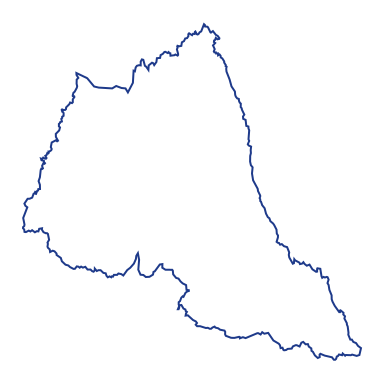 outline of Fenoarivobe, Bongolava, Madagascar
{"feature_id": "10022922B23923498940873", "entity_name": "Fenoarivobe", "entity_type": "district", "adm_level": 2, "iso_a3": "MDG", "parent_name": "Madagascar", "parent_adm1": "Bongolava", "projection": "equal_earth", "projection_center": [46.41, -18.242], "detail": "fine", "context": "isolated", "style": "outline", "palette": "blue", "viewbox_px": 384, "rotation_deg": 0, "n_neighbors": 0, "source": "geoboundaries", "source_scale": "gbopen_adm2", "svg_char_len": 5857}
<svg xmlns="http://www.w3.org/2000/svg" viewBox="0 0 384 384"><path d="M215.9,34.9L212.9,31.1L210.9,32.6L210.4,32.3L208.0,27.3L207.3,26.7L205.1,26.5L204.9,25.0L204.0,24.2L201.2,31.4L199.6,32.3L198.7,33.8L197.7,34.5L196.8,34.2L195.4,31.5L194.9,31.9L194.6,34.0L193.0,33.8L192.1,35.2L189.1,33.3L188.3,34.2L188.4,36.1L187.1,38.1L185.2,38.5L184.0,41.1L181.9,42.3L181.3,45.9L179.2,46.3L177.5,45.8L177.2,46.5L177.6,47.7L176.9,49.3L178.1,53.8L178.1,55.0L177.6,55.6L175.4,54.5L174.4,55.2L170.5,55.7L170.3,53.3L169.2,53.1L168.6,52.1L167.6,53.0L165.3,51.8L164.4,52.0L162.8,53.9L160.6,55.1L160.1,57.9L156.9,58.2L156.4,62.0L154.2,65.1L153.2,63.2L152.0,62.7L148.7,65.4L148.4,69.9L146.2,66.7L144.9,65.8L143.3,59.8L141.9,59.4L140.7,61.6L140.7,65.4L139.0,65.2L136.9,65.8L135.7,67.4L134.9,71.3L133.6,70.7L132.9,82.8L127.9,92.4L125.5,88.4L121.5,88.0L116.2,86.0L112.2,88.4L98.8,87.6L94.1,86.5L87.2,78.2L76.4,73.0L76.5,74.9L78.3,77.9L76.7,79.6L76.6,83.8L77.2,86.2L76.8,87.8L74.7,91.7L73.5,92.7L72.7,95.4L72.8,96.1L74.2,96.3L74.4,97.0L72.8,99.3L72.8,102.3L72.0,103.1L70.1,102.5L69.4,104.1L66.1,107.4L66.0,109.1L65.2,109.9L63.6,110.0L62.1,109.4L61.7,109.8L62.3,111.8L63.1,112.1L63.6,113.1L63.6,115.8L62.2,116.7L62.2,117.9L61.3,118.9L61.9,121.5L60.1,122.2L59.9,123.1L58.9,123.9L58.9,126.4L60.0,127.4L59.2,130.4L55.8,133.9L55.9,136.9L58.0,140.7L57.1,141.3L55.8,140.3L51.7,142.5L50.8,147.1L51.7,149.0L51.2,150.3L49.4,151.5L48.5,151.5L48.7,152.9L48.1,153.5L47.3,153.1L46.6,155.0L45.3,155.8L46.5,158.0L46.0,158.7L45.0,158.7L43.2,157.6L42.2,159.0L41.0,158.6L41.5,160.2L43.9,160.9L44.0,162.1L45.0,163.2L44.5,163.8L43.3,163.4L42.1,165.9L42.9,168.4L42.1,169.0L41.3,168.7L40.7,170.0L39.9,177.3L38.6,181.1L39.9,184.8L40.0,189.0L38.3,189.1L38.1,190.5L37.2,190.8L36.0,193.9L35.4,193.7L35.5,191.9L35.2,191.8L34.7,193.1L33.6,193.7L32.2,197.6L29.7,198.7L27.6,198.8L24.4,203.6L25.4,205.8L27.3,207.3L23.2,218.0L24.5,224.6L24.2,226.1L23.1,227.1L23.0,228.2L24.2,229.5L24.5,231.9L25.9,232.1L28.8,230.6L30.4,231.5L32.1,230.2L34.9,232.3L36.8,231.2L38.4,231.4L39.2,228.8L42.0,228.3L41.8,229.5L43.5,232.2L46.0,233.3L46.9,233.1L47.9,233.9L49.1,239.8L47.5,242.6L47.9,243.8L47.5,246.6L47.9,247.7L49.7,249.4L50.1,252.0L52.7,250.7L54.5,251.3L56.5,253.5L56.6,255.0L60.8,257.9L61.9,261.3L65.5,264.7L68.4,265.5L69.9,267.0L73.5,268.9L74.9,268.8L76.8,266.4L78.5,266.7L79.7,267.7L81.1,266.6L82.9,267.6L85.3,266.8L87.5,269.5L90.5,269.5L92.2,271.2L93.6,271.7L94.7,270.4L94.8,268.6L96.8,271.0L98.5,270.2L100.6,270.2L103.4,272.9L105.7,273.3L106.5,275.8L107.8,277.3L109.6,276.4L111.3,277.3L112.0,276.3L113.0,276.6L113.9,274.9L117.1,274.9L118.4,273.5L121.3,274.1L123.3,275.5L127.2,270.1L130.3,267.7L133.9,263.6L135.9,259.0L136.3,255.9L137.9,253.2L139.1,259.8L138.3,269.7L140.5,274.7L143.4,275.0L145.8,277.0L149.5,276.8L153.0,274.6L153.5,271.9L154.8,271.3L159.8,264.5L162.4,264.1L162.3,267.7L165.4,269.7L172.2,269.8L172.8,270.6L173.2,274.4L176.1,277.9L178.5,278.6L180.5,281.4L182.7,283.4L186.1,285.1L186.5,289.8L188.8,290.2L188.8,291.0L187.3,291.4L185.5,292.8L183.5,296.8L182.7,296.3L181.3,297.7L180.0,301.1L178.7,302.2L178.7,304.6L179.2,306.0L177.9,309.2L178.6,309.2L179.1,308.0L179.5,305.2L181.4,305.0L183.5,308.6L185.4,309.5L185.8,311.2L186.9,311.9L186.0,313.4L185.6,315.6L187.8,315.3L193.0,320.0L195.8,321.4L197.0,323.0L195.7,324.7L197.1,326.2L200.1,326.2L205.9,328.0L207.8,327.8L209.8,328.8L211.2,328.7L212.5,327.5L214.6,326.6L215.4,327.6L218.2,328.3L220.1,329.7L224.5,330.6L225.2,331.8L225.1,334.3L225.8,335.8L231.1,337.8L234.4,337.9L239.2,336.8L239.8,337.1L239.9,338.3L242.9,337.2L245.6,338.1L257.3,333.2L258.3,333.2L260.6,334.5L262.2,332.2L264.3,333.7L268.2,332.9L273.4,340.5L278.8,343.7L280.0,345.3L280.6,348.1L282.5,347.7L283.4,349.9L284.1,350.3L286.1,350.0L287.7,348.9L291.7,348.6L292.9,346.4L295.6,345.2L296.7,345.2L299.6,346.5L301.4,342.7L303.2,341.9L305.6,344.3L307.9,344.1L308.8,346.6L311.3,348.4L311.5,350.8L312.9,351.8L314.9,355.4L317.8,358.0L319.7,357.1L319.6,354.6L320.4,353.8L324.7,355.6L332.0,357.3L333.8,359.7L335.1,359.8L336.1,358.9L336.8,356.5L337.9,356.1L339.0,354.5L342.1,355.2L342.7,353.5L345.1,355.7L345.8,355.0L350.9,355.2L352.1,354.6L356.7,355.9L359.4,355.0L361.0,348.1L358.0,345.9L356.1,343.1L353.3,341.9L351.9,339.6L350.3,339.6L348.3,334.7L348.5,332.8L347.7,326.5L346.9,324.6L346.8,323.1L344.4,318.5L345.0,316.3L343.3,314.5L343.5,312.8L340.5,310.3L339.8,310.6L339.9,312.1L339.2,312.1L334.7,305.8L332.5,301.6L331.7,299.2L331.6,295.3L329.4,289.9L328.6,285.0L327.5,283.1L328.6,279.6L327.6,277.2L326.8,276.9L324.9,277.5L323.6,276.9L322.2,277.8L321.5,276.2L320.3,268.8L317.4,268.3L317.1,268.9L317.1,271.6L316.1,271.8L312.4,269.3L309.5,264.6L306.8,265.7L304.5,263.9L303.4,262.2L302.1,263.6L300.0,264.1L299.4,262.6L295.2,260.4L294.3,259.2L293.9,263.2L292.8,263.7L289.3,257.5L288.8,254.9L289.2,252.4L287.1,247.1L284.0,246.2L281.8,244.1L280.1,244.7L279.0,243.0L277.7,242.7L276.6,241.8L277.9,237.5L278.0,235.5L276.8,233.6L276.5,229.6L274.2,225.1L273.1,223.5L270.4,221.2L269.4,218.3L267.8,217.1L266.0,213.6L264.6,208.2L262.2,205.2L261.0,201.7L260.3,201.1L260.2,199.2L259.6,198.1L260.2,196.7L260.2,195.5L258.0,191.0L257.7,188.8L253.1,180.3L252.0,173.5L252.6,167.3L250.9,165.2L250.1,161.6L250.2,155.9L250.9,153.1L250.7,150.1L251.1,146.6L248.7,145.5L247.8,144.3L249.2,140.9L248.5,139.3L249.2,130.3L248.5,128.5L248.4,126.5L246.3,125.9L245.6,119.9L243.2,118.8L243.0,116.5L244.3,114.6L241.9,109.6L241.7,108.3L240.7,107.1L240.8,103.6L239.7,102.6L239.0,100.9L238.8,98.9L237.2,98.4L235.8,96.6L235.2,94.9L234.9,91.5L231.5,86.4L229.6,79.5L226.5,71.6L226.2,68.8L226.6,66.7L225.6,66.1L225.8,65.1L224.2,62.6L224.2,61.4L222.3,58.4L220.7,57.4L220.6,55.8L219.5,54.4L218.1,55.3L217.9,53.3L216.1,53.5L215.9,52.4L214.4,52.4L213.8,51.4L214.7,49.1L213.0,45.4L215.2,43.0L213.9,42.0L214.1,40.5L215.1,39.9L215.8,37.9L217.4,39.3L219.2,38.9L219.4,38.2L217.7,35.9L215.9,34.9Z" fill="none" stroke="#1e3a8a" stroke-width="2"/></svg>